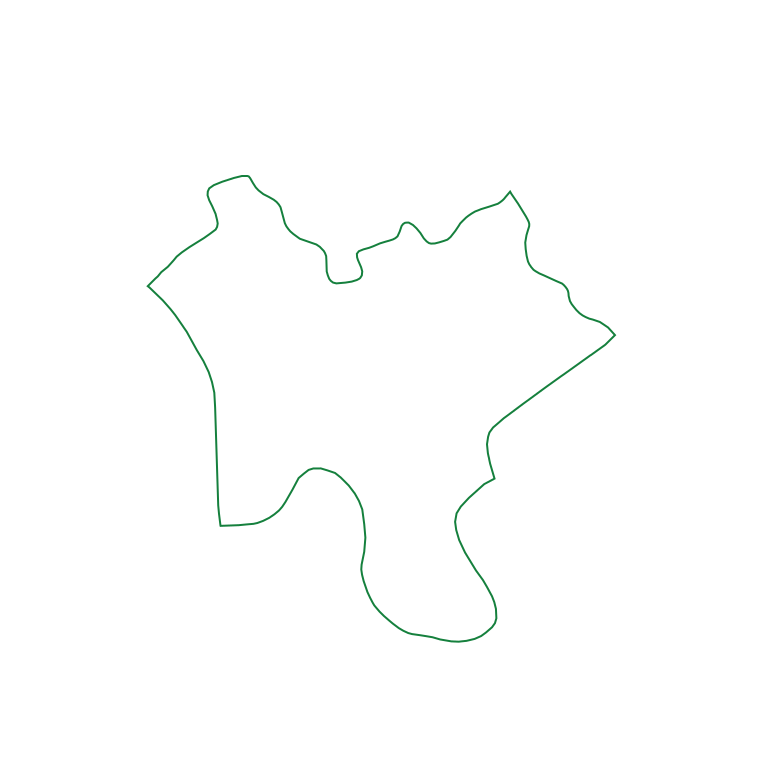 the district of Quan 7, Hồ Chí Minh city, Vietnam, rotated 144°
{"feature_id": "81297802B84259990428862", "entity_name": "Quan 7", "entity_type": "district", "adm_level": 2, "iso_a3": "VNM", "parent_name": "Vietnam", "parent_adm1": "Hồ Chí Minh city", "projection": "natural_earth1", "projection_center": [106.723, 10.738], "detail": "fine", "context": "isolated", "style": "outline", "palette": "green", "viewbox_px": 768, "rotation_deg": 144, "n_neighbors": 0, "source": "geoboundaries", "source_scale": "gbopen_adm2", "svg_char_len": 3670}
<svg xmlns="http://www.w3.org/2000/svg" viewBox="0 0 768 768"><g transform="rotate(144 384 384)"><path d="M168.9,465.5L173.4,464.4L175.5,463.9L178.1,463.2L180.2,462.9L182.4,462.8L182.5,462.8L183.2,462.8L184.1,462.8L186.0,462.9L189.1,463.9L194.5,465.6L202.7,468.4L206.3,469.3L208.8,470.0L211.9,470.3L213.1,470.4L216.8,470.5L219.8,470.4L224.5,469.7L228.0,469.1L230.4,468.1L236.4,465.9L243.8,463.8L247.8,463.5L251.6,464.6L256.2,466.2L260.2,467.8L263.4,469.9L264.8,471.6L265.7,474.3L266.2,478.4L265.8,484.8L266.2,490.8L267.1,495.6L269.1,500.0L271.2,501.5L272.4,502.1L274.5,502.2L276.9,501.5L281.7,498.1L286.3,495.5L289.1,495.3L291.8,495.7L295.5,496.9L299.0,498.2L304.5,500.1L311.9,501.8L315.9,502.9L321.5,505.0L326.3,506.2L329.4,505.3L331.3,502.3L332.2,499.6L333.9,491.9L335.4,487.9L338.1,484.9L340.8,483.8L342.1,483.7L344.9,484.1L349.9,485.8L355.6,488.7L363.4,493.4L365.6,496.0L366.4,498.7L366.5,501.3L365.6,504.9L364.2,508.7L357.8,518.1L355.6,521.5L354.8,524.5L354.5,527.0L354.9,529.7L355.3,532.7L356.7,536.6L361.5,543.5L365.4,549.1L366.7,551.0L367.5,553.4L369.2,558.7L370.1,562.6L370.3,565.5L370.3,568.9L369.7,572.4L365.4,583.6L363.8,587.9L363.6,591.1L363.9,594.4L364.9,597.9L367.2,603.0L370.0,608.5L371.7,614.4L372.2,618.4L371.9,623.6L371.3,629.1L371.4,631.4L371.9,632.1L372.4,632.7L376.7,635.8L384.3,638.9L395.9,642.7L404.8,644.9L410.4,645.0L413.4,643.3L415.8,640.4L417.4,635.4L418.5,628.7L420.3,620.5L420.7,619.6L422.6,614.9L424.2,611.6L426.7,609.2L429.4,607.9L435.8,607.8L437.6,607.8L444.0,607.9L452.3,608.5L460.9,609.1L470.2,609.3L476.9,608.9L481.5,607.7L489.9,605.9L498.5,605.4L503.8,604.0L507.0,603.7L517.6,602.0L517.0,599.8L513.8,581.7L512.7,570.0L512.4,562.5L512.7,549.4L512.8,547.1L512.8,546.8L512.9,542.2L515.5,521.6L516.6,508.7L518.8,496.7L522.0,486.7L526.4,476.7L534.4,464.3L589.5,383.2L593.7,376.1L599.5,365.6L599.6,365.3L584.4,355.1L577.1,350.8L571.8,347.6L568.2,346.0L562.2,344.3L555.6,343.2L549.3,343.0L543.3,343.4L538.5,344.5L533.1,346.5L520.2,352.3L508.3,358.1L501.6,358.6L495.5,358.8L490.8,357.2L484.7,352.8L480.5,347.3L475.9,340.8L474.6,336.1L474.5,335.6L474.0,334.0L472.2,322.6L472.0,312.5L473.0,304.1L475.3,295.3L482.4,282.2L489.4,270.6L498.6,259.9L508.3,251.0L511.4,247.3L513.9,242.5L516.3,236.5L519.7,225.4L520.9,219.2L521.7,213.8L522.0,210.6L521.8,207.7L521.4,202.5L520.4,196.3L518.8,189.4L517.7,185.0L515.5,177.8L513.4,173.0L510.8,168.3L508.3,165.2L502.7,159.8L497.6,154.7L493.6,150.6L488.7,144.3L480.8,136.2L475.0,131.6L472.0,129.9L468.2,127.7L460.5,124.5L453.6,123.0L447.6,123.0L439.6,123.7L434.8,125.3L430.8,128.4L425.6,136.3L423.0,142.7L421.4,148.7L420.0,159.2L419.2,167.2L419.2,179.1L417.5,200.0L414.9,213.6L411.4,223.4L407.5,230.7L401.3,236.7L393.9,239.7L382.1,242.0L361.7,244.1L350.2,242.5L345.0,257.1L343.2,261.2L343.1,261.3L342.3,263.1L342.0,263.9L340.6,267.0L336.1,274.7L330.8,280.1L327.2,282.8L321.3,284.7L318.6,284.9L315.0,285.2L307.2,285.9L304.7,285.9L304.2,285.9L283.6,286.2L282.9,286.2L280.1,286.2L258.8,286.3L253.8,286.3L253.2,286.3L236.5,286.2L232.8,286.1L203.1,285.9L200.2,285.9L199.7,285.8L181.9,285.7L168.4,287.8L169.3,296.1L169.5,298.0L171.2,302.7L172.9,307.3L177.2,313.4L179.5,316.2L181.5,319.6L183.0,322.7L184.2,326.4L184.9,330.8L185.1,334.9L185.2,338.3L184.8,341.8L182.9,346.6L181.3,349.2L180.5,351.1L180.1,353.2L180.1,355.8L180.4,358.6L180.6,359.3L180.9,360.6L184.1,366.0L188.9,374.5L190.7,377.7L193.3,382.1L195.1,386.2L195.9,388.5L196.2,392.1L196.1,393.7L196.1,394.7L196.1,395.3L195.5,398.5L193.3,403.8L190.1,409.8L186.6,415.4L181.2,420.7L177.3,423.7L173.8,426.3L172.4,428.1L171.6,430.2L171.1,433.1L170.7,436.1L169.5,451.5L169.5,452.3L169.2,462.9L168.9,465.5Z" fill="none" stroke="#15803d" stroke-width="2"/></g></svg>